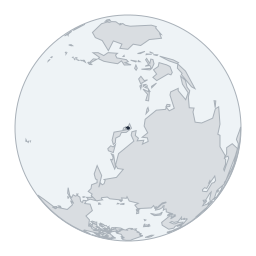 the Earth from above Ōita, rotated 181°
{"feature_id": "JPN-1835", "entity_name": "Ōita", "entity_type": "Prefecture", "adm_level": 1, "iso_a3": "JPN", "parent_name": "Japan", "parent_adm1": "", "projection": "orthographic", "projection_center": [131.556, 33.207], "detail": "fine", "context": "on_globe", "style": "filled", "palette": "slate", "viewbox_px": 256, "rotation_deg": 181, "n_neighbors": 0, "source": "natural_earth", "source_scale": "10m", "svg_char_len": 11417}
<svg xmlns="http://www.w3.org/2000/svg" viewBox="0 0 256 256"><g transform="rotate(181 128 128)"><circle cx="128" cy="128" r="113" fill="#eef3f6" stroke="#a8b0b8"/><path d="M209.0,193.4L208.9,193.9L208.8,194.1L209.0,193.4ZM215.7,57.3L215.8,57.4L217.3,59.3L216.1,58.0L216.3,58.9L211.3,55.6L200.9,48.0L201.8,47.5L199.2,46.0L198.0,46.6L197.8,47.5L187.3,45.5L182.2,50.2L184.2,54.3L180.9,51.6L187.2,61.7L186.8,67.3L185.0,59.4L183.1,57.4L181.7,60.3L179.4,59.0L177.5,59.7L174.9,58.0L174.1,53.8L172.4,52.7L171.5,54.9L168.3,54.7L169.9,51.7L164.6,51.2L162.2,44.8L168.5,39.3L165.0,35.5L165.7,29.3L163.4,28.9L162.2,26.7L159.2,25.6L160.2,25.0L156.8,24.6L156.5,25.3L155.0,25.5L153.1,24.9L154.1,24.1L155.1,24.2L154.5,23.7L155.7,23.5L154.1,23.3L155.4,22.5L151.4,22.6L150.2,21.3L151.8,21.0L155.2,22.0L167.3,24.7L170.0,25.3L170.4,24.7L163.8,21.4L165.4,21.8L165.1,21.6L173.4,24.9L181.5,28.9L189.2,33.4L196.5,38.6L203.4,44.3L209.8,50.6L215.7,57.3ZM162.3,20.7L161.9,20.7L157.3,19.4L157.2,19.7L155.3,19.4L153.9,19.6L150.3,18.7L147.7,17.7L148.7,17.5L147.5,17.2L143.5,16.8L142.4,16.3L142.0,16.2L152.3,18.0L162.3,20.7ZM229.8,114.7L228.8,112.7L229.9,112.9L229.8,114.7ZM227.9,112.2L228.3,112.7L227.9,112.4L227.9,112.2ZM227.4,112.4L227.8,112.2L227.4,112.7L227.4,112.4ZM226.8,113.1L227.1,112.6L227.1,112.8L226.8,113.1ZM225.6,113.4L225.2,113.4L225.4,112.8L225.6,113.4ZM198.1,48.2L198.2,46.8L200.1,46.9L200.3,48.1L198.1,48.2ZM194.2,48.6L193.6,47.4L196.5,48.8L195.9,49.0L194.2,48.6ZM186.2,57.8L186.7,56.3L187.0,58.3L186.2,57.8ZM177.6,60.1L178.2,61.1L176.9,61.1L177.6,60.1ZM155.9,20.2L155.0,19.9L155.7,20.0L155.9,20.2ZM156.3,20.6L157.9,21.0L158.3,21.2L157.3,21.0L156.3,20.6ZM171.8,58.5L169.6,58.4L171.7,57.8L171.8,58.5ZM154.2,20.2L158.8,21.7L159.4,22.2L156.1,22.0L154.2,20.2ZM168.2,57.9L162.8,58.0L163.6,59.9L158.3,54.7L164.6,56.2L167.1,55.0L166.8,56.7L168.2,57.9ZM157.2,25.8L157.5,25.0L159.0,26.2L157.2,25.8ZM158.5,26.6L165.3,30.7L164.0,31.8L162.0,30.1L161.7,32.2L157.7,30.7L157.0,29.3L158.6,28.8L155.9,28.6L158.5,26.6ZM156.1,52.0L154.7,51.5L156.1,51.2L156.1,52.0ZM154.5,25.6L155.9,26.3L154.9,27.3L151.8,26.2L153.1,26.2L154.5,25.6ZM163.5,33.6L162.2,34.3L158.6,33.2L157.6,33.4L157.5,30.8L163.5,33.6ZM152.4,25.7L150.2,25.6L149.0,24.7L152.9,25.1L152.4,25.7ZM156.0,28.0L155.3,28.5L154.7,27.8L156.0,28.0ZM143.5,21.8L145.3,22.4L144.9,22.9L143.5,21.8ZM149.4,25.7L149.8,26.0L149.9,26.3L148.2,26.2L149.4,25.7ZM155.0,30.3L153.8,29.8L154.9,31.3L152.2,30.7L152.6,29.2L151.3,29.6L150.5,29.4L151.8,28.4L155.0,30.3ZM146.7,27.0L146.3,25.1L143.0,23.9L143.3,23.3L148.5,25.4L146.7,27.0ZM149.6,27.9L147.8,27.2L149.0,26.7L150.9,27.0L149.6,27.9ZM150.3,30.9L154.2,32.2L154.0,32.5L150.3,30.9ZM145.5,26.7L145.6,27.2L145.1,26.6L145.5,26.7ZM148.6,29.7L150.0,30.0L149.7,30.4L148.6,29.7ZM144.7,27.9L144.6,27.2L145.9,27.3L144.7,27.9ZM146.3,28.8L145.5,29.2L146.4,27.8L147.0,28.9L146.3,28.8ZM148.1,29.9L148.4,30.3L147.5,29.7L148.1,29.9ZM139.9,28.1L140.7,26.3L143.5,26.4L142.4,28.1L139.9,28.1ZM38.1,60.1L39.1,59.1L33.7,68.1L32.3,72.3L38.0,67.1L40.3,59.8L44.2,55.5L45.1,58.5L43.7,65.5L45.1,64.1L49.0,57.4L51.6,57.0L50.7,55.0L48.8,57.3L48.2,56.2L49.8,54.1L50.7,54.0L52.0,51.6L47.5,53.3L45.2,55.8L46.7,51.8L43.0,55.7L42.3,55.8L48.4,49.4L50.1,48.0L58.9,40.0L57.2,41.0L48.8,48.7L50.1,47.3L47.8,49.1L50.6,46.6L60.2,38.3L63.2,35.8L70.7,31.0L76.5,27.8L73.7,29.4L75.2,28.6L72.9,30.1L73.9,30.4L72.1,32.0L76.7,30.6L76.4,31.4L73.8,31.9L71.0,33.3L67.2,38.0L67.7,38.4L71.0,37.2L69.5,38.9L73.2,37.2L73.0,39.7L76.3,35.4L80.3,34.4L82.5,35.3L84.4,34.3L80.8,32.9L78.8,33.1L76.2,34.4L71.4,34.9L71.8,33.7L79.1,30.6L80.4,28.7L85.5,27.5L92.1,31.4L92.7,34.2L84.8,40.8L82.3,40.5L83.8,37.9L78.5,41.2L80.8,40.5L79.6,42.0L83.0,41.8L82.3,42.9L86.9,41.0L86.4,42.3L83.5,43.5L88.3,44.8L88.4,47.6L89.9,47.5L91.3,46.4L90.5,51.0L91.6,50.7L92.3,49.0L94.9,47.4L99.1,46.4L98.6,48.0L97.0,48.6L92.9,52.4L88.7,54.0L88.9,54.6L92.4,53.7L97.5,48.9L100.1,47.9L98.1,50.2L99.1,49.3L100.3,49.3L101.0,50.9L103.3,48.5L117.0,47.6L119.8,51.0L116.4,52.9L125.5,55.0L127.8,59.3L128.4,57.7L133.2,58.0L132.5,56.6L133.1,55.9L145.0,56.9L147.4,58.6L153.2,57.9L153.5,57.1L152.1,55.7L158.3,54.7L163.6,59.9L162.7,61.3L166.7,63.9L163.9,66.8L163.4,70.6L157.9,72.8L158.1,75.9L159.6,76.5L161.0,81.5L158.2,89.9L153.5,80.0L156.2,68.2L154.5,72.6L152.8,70.8L150.9,71.9L149.9,75.3L151.0,76.1L138.7,78.4L132.0,86.6L137.6,87.3L139.8,90.7L137.0,102.2L121.9,115.0L124.7,120.9L124.0,124.3L119.8,125.5L120.6,120.6L117.4,118.0L118.6,115.3L112.0,116.0L113.3,112.1L107.6,114.9L108.4,118.5L113.7,119.0L108.2,123.5L111.9,130.2L111.0,137.0L100.0,146.3L90.8,147.3L90.0,149.2L87.1,145.9L82.1,148.5L86.6,161.7L86.0,164.8L78.5,168.5L78.5,166.2L70.8,157.3L68.5,164.3L74.3,172.8L76.3,180.7L71.5,176.7L69.6,169.7L66.9,166.4L68.2,160.1L67.1,149.3L62.3,149.1L63.3,145.2L61.0,135.0L54.4,134.3L43.5,139.3L41.0,148.7L37.7,150.8L36.1,133.4L38.1,123.3L35.9,122.3L35.7,110.9L30.4,102.2L31.2,99.2L29.8,98.5L29.9,93.4L31.7,88.6L31.0,86.9L26.8,99.7L27.6,101.6L30.5,100.2L28.9,104.1L29.0,110.1L23.5,114.1L18.2,109.4L20.2,101.9L29.3,77.1L30.5,75.6L30.6,75.4L30.9,74.9L29.1,77.0L31.5,72.6L23.9,88.0L21.5,93.8L18.0,109.6L17.7,110.1L17.4,114.2L19.4,118.4L18.8,120.6L16.3,127.7L15.4,131.1L15.5,122.7L16.2,114.3L17.5,105.9L19.5,97.7L22.1,89.7L25.2,81.9L29.0,74.3L33.3,67.1L38.1,60.1ZM39.5,77.0L40.4,81.5L44.5,75.5L45.2,76.9L46.3,74.4L44.8,75.1L48.3,68.9L50.3,69.7L52.5,67.6L52.3,66.1L48.1,65.7L43.1,74.3L40.9,75.0L39.5,77.0ZM85.9,24.0L83.6,25.0L82.4,25.3L84.7,24.1L86.4,23.5L85.9,24.0ZM80.8,26.3L87.3,24.1L86.2,25.0L85.7,24.8L84.3,25.6L83.2,25.6L75.7,29.0L74.1,29.6L79.1,26.6L78.3,27.1L80.5,26.0L80.8,26.3ZM106.2,19.2L109.0,18.9L102.9,21.2L100.9,21.2L103.0,19.8L106.6,18.9L106.2,19.2ZM147.5,19.8L148.9,20.1L148.7,20.3L147.2,20.2L147.5,19.8ZM144.4,22.1L140.7,19.1L142.2,19.2L138.3,17.8L140.7,17.5L143.2,18.3L142.1,17.2L145.3,17.9L144.1,17.2L149.4,19.2L152.3,20.0L148.2,19.1L145.8,19.3L145.7,19.7L147.4,21.3L152.4,23.4L150.9,24.2L148.5,24.2L147.1,23.8L148.5,23.4L145.6,23.2L146.5,22.3L144.4,22.1ZM121.4,27.6L123.6,26.6L117.9,27.3L118.9,25.9L118.1,26.1L117.4,25.0L115.3,24.1L116.3,23.6L115.0,23.5L114.6,22.9L113.2,22.7L114.4,21.7L112.8,21.3L114.3,21.0L111.2,20.8L114.0,20.6L113.7,20.0L111.2,20.5L121.0,16.9L122.9,16.1L123.0,15.7L127.8,15.6L130.8,16.2L132.2,17.3L129.6,18.3L132.3,18.3L131.8,18.8L129.9,18.6L132.6,19.3L131.7,19.7L133.0,21.6L137.3,22.6L137.9,23.4L135.7,23.2L137.8,24.2L134.2,24.5L134.5,25.2L131.2,26.3L126.9,25.8L127.6,26.6L125.1,27.7L121.4,27.6ZM138.9,28.3L133.5,27.8L131.4,26.8L137.9,25.3L138.2,24.7L142.3,24.0L145.3,25.5L143.8,25.5L143.1,25.9L142.5,25.3L142.4,26.1L140.4,26.2L139.9,26.9L138.3,26.5L138.9,28.3ZM50.5,46.3L49.5,47.3L48.5,48.4L47.1,49.7L50.5,46.3ZM55.8,41.6L57.0,40.6L56.4,41.1L53.9,43.2L54.1,43.0L55.8,41.6ZM58.3,39.7L56.6,40.9L58.1,39.7L58.3,39.7ZM73.5,32.4L73.2,33.0L72.3,33.4L71.5,33.5L73.5,32.4ZM104.6,30.4L106.2,29.7L106.7,30.0L110.7,29.6L110.3,30.7L107.7,31.5L104.6,30.4ZM37.2,67.0L36.3,66.9L37.1,65.6L37.2,65.9L37.2,67.0ZM40.9,57.6L39.0,60.5L40.6,58.0L40.9,57.6ZM104.9,31.6L106.6,31.3L105.3,32.1L104.9,31.6ZM110.2,31.6L109.1,32.6L110.7,30.8L110.2,31.6ZM103.8,203.0L107.2,204.0L107.2,204.4L103.8,203.0ZM100.2,200.9L104.0,201.8L99.6,201.7L100.2,200.9ZM105.6,202.1L109.5,202.0L111.2,201.6L111.0,202.4L105.6,202.1ZM97.6,200.4L83.9,196.9L78.6,194.2L79.8,193.1L88.3,195.9L97.6,200.4ZM79.3,192.9L71.5,185.9L61.7,168.5L65.2,170.3L75.6,182.4L74.9,183.6L79.7,188.7L79.3,192.9ZM98.9,190.0L98.1,193.9L90.5,191.8L87.1,190.2L84.7,184.3L86.0,181.9L88.8,182.8L100.1,175.9L104.0,179.1L100.3,182.4L103.5,186.7L98.9,190.0ZM41.2,149.8L42.4,156.8L40.7,156.6L41.2,149.8ZM105.2,170.1L100.3,173.4L105.0,168.6L105.2,170.1ZM108.3,165.1L108.3,167.4L106.7,164.9L108.3,165.1ZM89.4,152.3L86.4,152.0L86.6,150.3L90.5,149.8L89.4,152.3ZM110.2,142.6L109.3,147.4L108.4,148.9L107.5,145.8L110.2,142.6ZM104.0,43.0L98.9,42.1L94.9,42.7L92.2,44.6L93.7,41.6L99.9,40.8L104.0,43.0ZM115.5,46.8L117.8,45.3L118.3,46.4L117.8,46.9L115.5,46.8ZM115.8,45.6L115.8,43.0L118.0,42.5L117.6,44.6L115.8,45.6ZM110.1,36.7L108.6,36.3L109.6,35.6L110.1,36.7ZM183.3,225.2L185.0,224.6L181.8,226.6L177.4,229.0L172.8,231.0L183.3,225.2ZM148.4,236.2L147.5,235.0L152.5,234.3L151.1,235.7L148.4,236.2ZM186.5,223.2L189.2,221.0L189.5,219.4L190.1,220.5L193.1,218.9L186.1,224.0L186.5,223.2ZM127.6,229.8L106.4,231.2L101.5,229.9L102.1,228.5L96.4,222.1L97.9,222.6L96.1,218.3L108.3,216.8L116.8,210.7L124.3,211.9L129.5,206.7L137.5,207.5L135.5,211.8L144.2,214.8L149.0,205.0L155.3,215.0L162.2,217.8L165.2,222.9L156.3,231.8L150.3,233.7L148.7,233.2L146.3,234.1L142.0,234.0L138.8,231.8L136.5,232.6L138.3,230.7L135.1,232.4L132.5,230.7L127.6,229.8ZM184.8,209.3L186.2,209.2L188.7,210.0L186.4,210.4L184.8,209.3ZM205.5,197.0L206.3,197.3L204.8,198.2L205.5,197.0ZM208.8,194.1L207.0,195.3L209.0,193.4L208.8,194.1ZM191.2,202.0L191.9,202.4L191.4,202.8L191.2,202.0ZM190.6,202.0L191.3,200.8L191.3,201.8L190.6,202.0ZM183.6,198.1L184.3,197.4L184.7,197.7L183.6,198.1ZM112.4,204.9L117.1,202.6L119.8,202.6L112.4,204.9ZM182.3,197.2L180.3,197.4L180.4,196.8L182.3,197.2ZM182.3,195.8L182.1,195.0L183.5,196.7L182.3,195.8ZM178.4,194.6L180.9,195.7L178.1,194.8L178.4,194.6ZM176.9,195.1L175.2,194.7L175.3,194.4L176.9,195.1ZM157.7,198.1L164.3,202.6L159.2,202.8L153.5,200.0L149.3,203.0L139.8,202.5L141.8,200.7L140.4,197.9L130.8,196.3L128.9,194.3L132.2,193.2L126.0,191.2L132.8,190.9L135.7,195.0L139.5,192.1L146.5,193.1L153.3,194.3L159.0,196.9L157.7,198.1ZM133.0,199.4L134.2,199.4L133.2,200.5L133.0,199.4ZM171.8,193.0L174.3,194.5L174.1,195.0L172.8,194.9L171.8,193.0ZM160.3,196.2L166.4,192.7L167.9,192.6L163.9,196.5L160.3,196.2ZM164.8,190.7L167.7,190.9L169.3,192.6L168.7,193.1L164.8,190.7ZM119.1,194.5L118.8,195.6L117.1,194.5L119.1,194.5ZM121.3,194.2L126.6,195.9L120.8,195.0L121.3,194.2ZM105.8,188.1L107.2,190.9L111.9,190.1L108.4,191.8L111.6,196.5L110.6,197.9L107.3,192.9L106.4,197.3L104.3,196.9L103.1,192.7L105.1,188.1L107.1,186.5L115.6,187.0L105.8,188.1ZM121.2,191.1L119.8,187.9L120.9,185.9L122.4,187.7L121.2,191.1ZM116.0,179.9L112.6,175.7L109.3,176.5L116.1,172.5L118.2,177.2L116.0,179.9ZM113.4,171.4L110.3,172.1L113.6,169.6L113.4,171.4ZM109.6,170.7L109.5,168.1L111.8,168.9L109.6,170.7ZM115.0,171.7L115.9,167.4L116.9,170.2L115.0,171.7ZM109.0,162.0L113.7,167.2L107.3,164.2L107.9,155.5L110.7,155.9L109.0,162.0ZM130.4,129.0L130.2,126.3L133.0,126.1L132.4,128.0L130.4,129.0ZM141.9,123.6L133.7,125.2L127.1,126.7L128.7,128.1L126.5,132.3L124.5,127.8L129.7,123.6L134.6,123.3L136.1,119.8L140.1,117.7L140.4,113.1L142.4,111.3L143.7,115.5L141.9,123.6ZM140.3,111.1L142.3,103.2L147.2,104.9L147.8,107.0L144.9,109.9L142.5,108.8L140.3,111.1ZM144.2,101.9L141.9,100.8L139.8,88.7L140.6,86.7L144.8,96.3L142.8,95.9L142.4,98.7L144.2,101.9ZM154.8,52.4L154.7,51.6L155.7,52.4L154.8,52.4ZM132.7,55.2L133.7,54.3L134.8,55.2L132.7,55.2ZM137.2,52.6L135.2,52.2L137.5,51.9L137.2,52.6ZM130.8,51.5L134.6,51.7L130.7,52.5L130.8,51.5Z" fill="#d9dde1" stroke="#a8b0b8" stroke-width="1"/><path d="M127.4,127.2L127.5,127.2L127.6,127.3L127.8,127.3L127.8,127.2L128.0,127.1L128.3,127.2L128.3,127.3L128.3,127.5L128.2,127.6L127.9,127.7L127.9,127.9L128.0,127.9L128.3,127.9L128.5,127.9L128.5,128.0L128.4,128.1L128.5,128.2L128.5,128.3L128.6,128.2L128.6,128.3L128.7,128.2L128.8,128.3L128.7,128.3L128.6,128.5L128.8,128.5L128.7,128.6L128.7,128.8L128.4,128.9L128.2,128.8L127.9,128.9L127.7,128.8L127.5,128.7L127.4,128.4L127.3,128.2L127.2,128.1L127.1,128.3L126.9,128.3L126.8,128.2L126.8,127.9L126.8,127.7L127.0,127.5L127.1,127.4L127.3,127.4L127.4,127.2L127.4,127.2Z" fill="#64748b" stroke="#1e293b" stroke-width="1.5"/></g></svg>